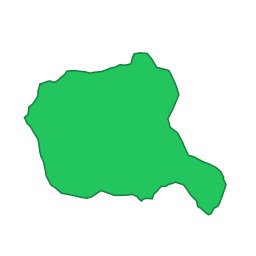 Marathounta, Paphos, Cyprus (orthographic projection), rotated 277°
{"feature_id": "46923920B14546708520398", "entity_name": "Marathounta", "entity_type": "district", "adm_level": 2, "iso_a3": "CYP", "parent_name": "Cyprus", "parent_adm1": "Paphos", "projection": "orthographic", "projection_center": [32.495, 34.776], "detail": "fine", "context": "isolated", "style": "filled", "palette": "green", "viewbox_px": 256, "rotation_deg": 277, "n_neighbors": 0, "source": "geoboundaries", "source_scale": "gbopen_adm2", "svg_char_len": 1398}
<svg xmlns="http://www.w3.org/2000/svg" viewBox="0 0 256 256"><g transform="rotate(277 128 128)"><path d="M90.5,229.1L96.2,225.1L99.5,220.1L101.9,213.6L103.8,206.2L107.4,197.0L108.2,191.2L117.1,185.8L121.1,183.6L129.3,177.6L133.8,169.8L142.3,166.4L149.7,169.3L155.6,171.2L167.4,174.4L176.0,170.5L184.0,165.7L190.0,161.7L190.9,155.8L191.7,149.1L198.9,143.6L202.2,140.3L204.3,138.1L204.1,132.4L204.1,130.9L202.4,125.1L196.7,123.6L192.1,123.2L190.0,117.6L189.8,112.2L186.9,108.0L185.5,103.6L182.4,98.1L180.7,94.6L179.2,87.6L177.8,83.7L178.5,78.9L178.4,73.9L178.5,68.4L177.8,64.1L177.0,60.4L173.7,58.9L169.5,54.8L166.4,52.4L164.2,48.8L165.2,44.8L164.6,42.8L162.0,37.8L160.9,35.1L159.8,35.2L153.9,34.2L148.5,34.6L139.9,30.3L136.8,27.1L129.3,27.1L125.8,23.9L119.8,27.7L117.8,30.7L112.6,34.6L106.1,39.9L99.0,42.1L93.5,43.5L89.6,44.9L84.9,47.9L79.8,49.8L70.0,52.9L62.1,58.4L59.7,63.3L55.2,69.9L54.5,80.9L53.5,89.3L53.2,95.7L55.4,100.5L62.6,108.8L60.9,116.7L59.5,122.4L59.9,126.7L61.1,134.6L62.6,140.3L61.2,145.2L59.0,147.4L57.1,150.3L59.3,151.9L60.4,155.0L60.7,160.6L66.1,161.9L67.0,163.2L71.2,166.0L73.9,168.0L75.0,173.0L77.1,175.4L78.1,178.3L80.0,181.6L78.4,190.0L74.3,194.0L69.1,198.4L64.0,204.9L58.5,206.8L57.1,210.2L52.7,216.5L51.7,218.6L53.4,221.1L58.7,223.0L61.3,226.8L65.2,228.2L71.5,229.7L79.5,231.4L84.0,232.1L89.5,228.6L90.5,229.1Z" fill="#22c55e" stroke="#15803d" stroke-width="1.5"/></g></svg>